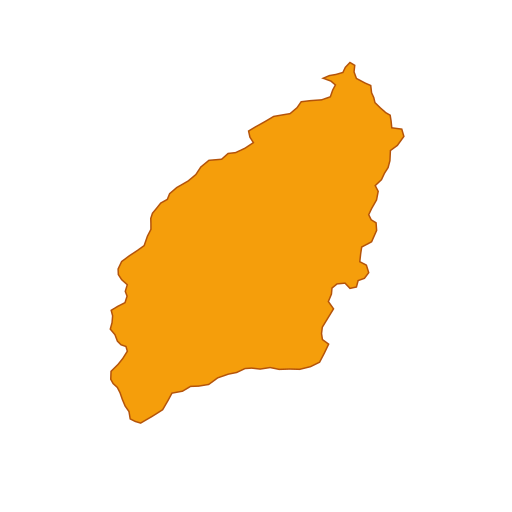 the district of Divino de São Lourenço, Espírito Santo, Brazil, rotated 241°
{"feature_id": "56859067B39988087600480", "entity_name": "Divino de São Lourenço", "entity_type": "district", "adm_level": 2, "iso_a3": "BRA", "parent_name": "Brazil", "parent_adm1": "Espírito Santo", "projection": "equal_earth", "projection_center": [-41.721, -20.586], "detail": "fine", "context": "isolated", "style": "filled", "palette": "amber", "viewbox_px": 512, "rotation_deg": 241, "n_neighbors": 0, "source": "geoboundaries", "source_scale": "gbopen_adm2", "svg_char_len": 1901}
<svg xmlns="http://www.w3.org/2000/svg" viewBox="0 0 512 512"><g transform="rotate(241 256 256)"><path d="M369.0,370.3L365.8,363.8L364.0,354.8L366.1,348.9L369.5,339.1L369.2,328.8L369.2,318.2L368.9,310.1L362.9,308.3L356.4,308.7L355.6,298.6L356.3,288.3L359.2,281.3L357.3,272.8L362.5,261.2L360.6,250.9L356.4,242.9L354.5,233.0L354.3,219.9L352.4,210.7L348.5,205.9L348.5,198.4L345.9,192.1L343.6,186.2L339.9,182.2L335.1,179.7L330.2,177.0L326.0,170.7L319.3,163.2L318.3,154.5L317.6,145.3L316.3,135.8L311.5,129.1L306.5,126.6L300.5,127.0L293.3,129.5L288.4,124.5L283.4,123.8L278.7,118.8L279.0,110.7L278.7,103.0L273.2,101.6L267.5,97.8L262.7,93.1L255.6,94.5L248.7,93.5L243.8,94.9L239.9,98.4L235.1,97.3L231.0,89.9L228.1,82.9L225.4,73.3L218.6,69.2L213.7,69.2L208.3,71.0L202.3,70.8L195.5,69.6L188.2,68.8L181.5,69.5L174.5,67.0L169.8,70.2L165.8,74.1L166.1,87.6L166.8,99.8L172.3,109.0L176.8,116.0L173.4,126.2L173.7,135.5L170.0,142.8L166.6,152.3L168.0,163.5L166.1,174.5L163.5,182.6L162.9,191.8L160.1,197.8L155.1,204.8L151.6,214.3L145.6,221.3L140.9,230.5L135.7,239.3L132.8,250.0L132.3,260.1L137.8,268.5L143.7,276.8L150.7,273.6L156.4,275.7L161.6,279.5L167.0,289.0L172.2,298.2L181.1,297.2L186.1,303.5L191.1,306.9L192.3,313.4L189.1,320.7L182.1,322.5L180.2,328.8L185.0,333.4L183.9,340.0L186.8,346.5L194.5,348.1L200.7,344.0L207.6,348.9L212.6,352.8L212.4,364.0L219.9,373.9L226.8,377.1L231.8,374.3L237.5,374.6L241.5,380.2L246.6,388.6L253.3,394.2L259.8,394.4L261.9,402.7L266.1,408.5L269.3,414.4L274.4,419.3L283.1,424.7L284.2,433.3L288.9,443.3L296.3,445.0L302.3,436.9L308.6,439.6L314.1,441.6L318.4,439.0L325.4,436.5L332.5,434.4L337.5,435.8L342.7,436.2L349.5,439.0L354.3,435.3L362.6,429.9L369.5,431.0L374.9,434.8L379.7,432.0L377.7,425.6L374.4,421.0L376.0,414.0L378.2,407.7L378.9,400.9L372.7,406.3L367.1,408.4L364.0,403.6L359.2,398.2L360.8,389.0L365.5,378.9L369.0,370.3Z" fill="#f59e0b" stroke="#b45309" stroke-width="1.5"/></g></svg>